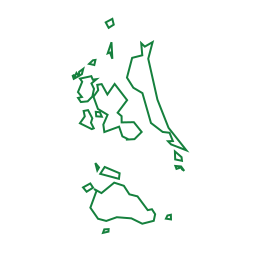 Halmahera Selatan, Maluku Utara, Indonesia, rotated 6°
{"feature_id": "22746128B2838702785556", "entity_name": "Halmahera Selatan", "entity_type": "district", "adm_level": 2, "iso_a3": "IDN", "parent_name": "Indonesia", "parent_adm1": "Maluku Utara", "projection": "robinson", "projection_center": [127.53, -0.746], "detail": "medium", "context": "isolated", "style": "outline", "palette": "green", "viewbox_px": 256, "rotation_deg": 6, "n_neighbors": 0, "source": "geoboundaries", "source_scale": "gbopen_adm2", "svg_char_len": 1870}
<svg xmlns="http://www.w3.org/2000/svg" viewBox="0 0 256 256"><g transform="rotate(6 128 128)"><path d="M120.0,183.8L108.4,195.5L100.6,192.2L103.3,193.7L98.9,211.2L107.7,221.4L116.1,222.7L126.2,217.9L140.8,217.5L152.2,221.7L163.3,217.6L164.0,210.9L160.3,206.3L156.2,207.6L144.6,195.0L136.3,193.8L129.9,185.9L120.0,183.8ZM124.8,57.8L121.7,78.0L129.1,87.4L138.7,91.8L150.3,120.6L162.9,128.3L169.8,128.4L174.0,136.3L169.2,137.0L172.5,139.8L188.4,144.1L168.3,123.6L154.3,96.7L140.9,57.0L143.5,40.0L136.2,45.3L132.3,42.3L134.6,54.2L124.8,57.8ZM110.1,85.6L104.0,96.8L97.2,87.1L92.9,88.3L94.4,93.5L90.4,100.5L96.1,112.2L106.3,117.0L103.1,127.2L104.9,134.5L119.0,127.6L123.3,136.9L129.3,139.1L127.1,139.8L135.6,138.4L142.0,130.5L133.2,121.6L121.1,123.1L120.4,116.9L116.1,113.9L124.2,100.4L110.1,85.6ZM86.1,80.3L75.1,83.9L77.6,86.8L74.5,97.5L78.9,102.0L75.2,103.3L78.4,107.1L85.1,105.7L89.3,100.4L90.1,92.6L87.0,87.5L91.6,82.7L87.9,83.6L86.1,80.3ZM86.4,114.4L82.1,115.7L83.8,121.0L79.7,128.3L92.1,132.9L94.0,131.9L90.6,126.6L91.5,122.1L86.4,114.4ZM124.4,173.9L108.9,169.2L105.2,176.5L124.3,179.5L124.4,173.9ZM101.0,21.1L94.8,25.3L98.3,30.4L103.0,26.7L101.0,21.1ZM102.6,44.4L100.0,55.9L102.2,54.8L105.2,60.8L102.6,44.4ZM96.3,187.1L89.5,191.8L93.5,195.7L99.5,191.0L96.3,187.1ZM177.1,146.4L178.2,154.3L185.1,155.0L184.3,151.4L177.1,146.4ZM94.3,115.3L95.2,119.7L100.8,119.5L98.4,115.3L94.3,115.3ZM179.7,209.8L176.4,210.9L175.2,214.2L180.3,214.4L179.7,209.8ZM88.5,63.7L86.1,64.3L82.6,68.3L87.9,68.9L88.5,63.7ZM103.3,170.3L99.2,166.3L101.9,173.4L103.3,170.3ZM184.8,160.7L179.1,160.8L180.5,163.6L184.9,161.6L186.1,163.5L188.4,164.7L184.8,160.7ZM77.3,73.8L73.5,77.3L73.8,81.3L76.5,79.3L77.3,73.8ZM71.0,78.6L69.5,83.1L68.5,81.2L67.6,81.9L68.9,84.8L73.6,81.5L71.0,78.6ZM119.3,230.6L115.0,231.3L114.1,234.9L119.4,233.1L119.3,230.6Z" fill="none" stroke="#15803d" stroke-width="2"/></g></svg>